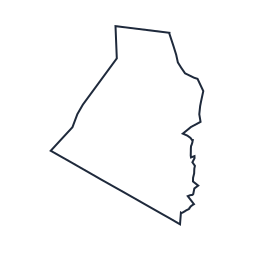 the district of Suleja, Niger, Nigeria, rotated 352°
{"feature_id": "59680162B91872344495309", "entity_name": "Suleja", "entity_type": "district", "adm_level": 2, "iso_a3": "NGA", "parent_name": "Nigeria", "parent_adm1": "Niger", "projection": "orthographic", "projection_center": [7.183, 9.219], "detail": "fine", "context": "isolated", "style": "outline", "palette": "slate", "viewbox_px": 256, "rotation_deg": 352, "n_neighbors": 0, "source": "geoboundaries", "source_scale": "gbopen_adm2", "svg_char_len": 1048}
<svg xmlns="http://www.w3.org/2000/svg" viewBox="0 0 256 256"><g transform="rotate(352 128 128)"><path d="M166.1,230.6L168.6,219.3L169.0,219.7L169.4,219.5L169.9,219.5L170.9,219.1L171.3,219.0L172.2,218.5L172.5,218.5L173.0,218.2L174.3,217.6L176.5,216.9L177.4,216.5L177.7,215.8L178.0,215.4L178.4,215.3L179.1,214.4L181.1,213.3L182.7,212.6L182.3,211.9L177.7,203.8L180.2,203.2L182.5,203.2L183.4,202.5L185.3,197.1L189.5,194.8L184.9,190.0L185.5,186.4L187.2,182.1L188.0,177.5L189.0,174.8L187.0,170.9L189.7,167.1L189.9,165.1L186.3,165.9L186.3,163.9L187.0,159.7L187.3,157.6L187.9,154.7L188.6,153.6L189.7,151.3L190.1,150.0L190.5,149.0L189.7,148.8L188.5,146.5L185.7,143.8L181.5,141.2L190.6,135.7L200.7,132.0L200.5,124.3L202.5,116.3L204.2,111.4L207.7,101.9L203.7,89.0L200.4,87.4L192.1,81.8L189.0,75.6L186.5,70.0L185.9,62.1L184.4,53.0L182.1,40.3L182.3,39.5L129.8,25.4L126.6,57.5L86.6,98.5L79.8,107.2L73.1,119.5L48.3,139.8L65.0,152.6L94.5,175.5L116.8,192.5L131.7,204.0L150.4,218.4L155.8,222.5L166.1,230.6Z" fill="none" stroke="#1e293b" stroke-width="2"/></g></svg>